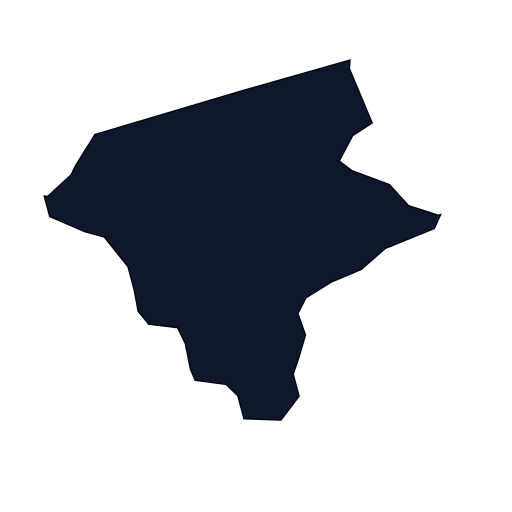 Lerum, Västra Götaland, Sweden, rotated 165°
{"feature_id": "70781695B46333437136536", "entity_name": "Lerum", "entity_type": "district", "adm_level": 2, "iso_a3": "SWE", "parent_name": "Sweden", "parent_adm1": "Västra Götaland", "projection": "equal_earth", "projection_center": [12.359, 57.865], "detail": "fine", "context": "isolated", "style": "filled", "palette": "ink", "viewbox_px": 512, "rotation_deg": 165, "n_neighbors": 0, "source": "geoboundaries", "source_scale": "gbopen_adm2", "svg_char_len": 692}
<svg xmlns="http://www.w3.org/2000/svg" viewBox="0 0 512 512"><g transform="rotate(165 256 256)"><path d="M114.6,420.9L226.3,419.2L380.1,415.0L406.8,390.1L413.5,382.3L441.6,367.5L445.0,368.7L445.0,347.5L414.6,323.5L397.7,313.7L382.4,278.9L382.4,254.9L384.1,233.2L377.3,217.9L350.3,207.1L346.9,189.7L348.6,163.7L346.9,151.7L318.2,139.8L309.7,125.7L309.7,101.9L278.0,92.2L274.3,91.1L273.7,91.6L250.7,109.5L250.7,132.2L240.5,147.4L228.7,166.9L230.4,189.7L218.6,202.7L189.9,211.4L157.8,215.8L129.1,229.9L76.7,236.4L67.0,248.2L69.5,248.2L95.6,265.1L108.7,290.4L141.3,313.6L151.1,326.2L131.5,347.3L109.4,354.5L117.3,412.6L114.6,420.9Z" fill="#0f172a" stroke="#020617" stroke-width="1.5"/></g></svg>